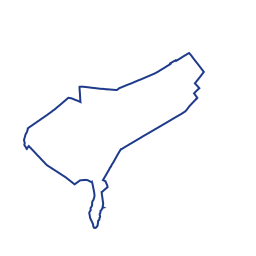 outline of Moldoveni, Neamt, Romania, rotated 324°
{"feature_id": "2599482B40239135876534", "entity_name": "Moldoveni", "entity_type": "district", "adm_level": 2, "iso_a3": "ROU", "parent_name": "Romania", "parent_adm1": "Neamt", "projection": "albers", "projection_center": [26.778, 46.815], "detail": "fine", "context": "isolated", "style": "outline", "palette": "blue", "viewbox_px": 256, "rotation_deg": 324, "n_neighbors": 0, "source": "geoboundaries", "source_scale": "gbopen_adm2", "svg_char_len": 5245}
<svg xmlns="http://www.w3.org/2000/svg" viewBox="0 0 256 256"><g transform="rotate(324 128 128)"><path d="M180.6,148.0L181.7,148.1L183.8,148.2L184.7,148.1L185.7,147.9L186.9,147.6L189.6,146.7L190.8,146.4L198.1,145.0L199.9,144.8L200.6,144.7L200.6,144.4L201.8,144.3L201.8,138.8L205.9,138.1L209.1,137.7L208.8,134.6L208.5,132.4L208.4,131.2L213.8,129.7L216.3,129.0L218.4,128.4L222.3,127.2L222.1,118.3L221.8,110.6L221.8,106.7L221.7,105.2L221.5,103.3L220.2,103.1L217.0,102.8L213.7,102.5L212.5,102.5L208.6,102.2L208.4,102.1L207.7,102.1L206.7,102.0L206.7,101.7L206.1,101.6L206.2,101.2L205.0,101.0L202.2,100.7L200.5,100.5L200.1,100.5L200.1,101.1L199.7,101.2L197.3,101.0L195.7,100.8L194.5,100.8L193.4,100.7L190.6,100.5L188.8,100.3L187.4,100.2L186.5,100.2L184.0,99.9L182.4,99.7L181.3,99.5L180.0,99.2L177.7,98.7L175.9,98.3L175.6,98.3L174.7,98.0L166.7,96.2L165.9,96.0L165.5,95.9L165.1,95.7L161.9,95.0L161.1,94.7L160.7,94.7L158.9,94.3L158.6,94.2L157.0,93.9L156.1,93.6L155.7,93.5L155.3,93.4L154.2,93.1L153.5,92.9L153.0,92.8L152.3,92.6L152.0,92.5L151.3,92.4L150.4,92.1L150.2,92.1L149.3,91.9L148.3,91.6L146.3,91.2L145.8,91.0L144.9,90.8L144.1,90.6L142.3,90.8L141.2,90.6L140.4,90.0L139.0,88.8L136.8,86.9L134.7,85.1L134.3,84.8L134.2,84.8L134.0,84.7L133.9,84.3L133.8,84.2L133.2,83.9L132.7,83.5L132.0,82.8L130.4,81.3L130.1,81.1L129.9,81.0L129.0,80.3L124.3,75.9L122.7,74.5L120.6,72.5L117.7,69.8L115.4,67.8L114.9,67.4L114.0,66.8L113.0,66.2L112.6,66.7L112.3,67.1L111.8,67.9L111.4,68.5L110.7,69.7L110.3,70.2L110.1,70.7L106.8,75.8L105.6,77.7L105.4,78.0L105.1,78.4L104.8,79.0L103.5,76.7L101.5,73.7L101.4,73.5L100.0,71.2L99.7,70.7L99.2,70.3L97.5,68.5L87.4,69.3L85.1,69.5L83.6,69.5L82.8,69.6L80.6,69.8L78.9,69.9L78.0,69.8L77.5,69.8L76.9,69.8L76.2,69.9L74.9,69.9L72.5,69.9L71.8,69.9L71.2,69.9L70.5,69.9L66.1,69.8L65.8,69.8L63.6,69.7L60.2,69.7L58.8,69.6L55.2,69.6L54.7,69.5L54.0,69.5L53.2,69.5L52.6,69.5L51.8,69.5L50.1,69.4L46.9,69.4L46.9,69.5L46.7,69.6L46.4,69.8L46.0,70.2L45.7,70.4L45.4,70.7L45.2,70.9L43.7,71.9L42.9,72.3L42.5,72.5L42.1,72.6L41.0,73.2L40.6,73.6L40.2,73.9L39.8,74.3L39.5,74.5L39.1,74.8L38.5,75.2L37.8,75.8L37.4,76.1L37.1,76.4L36.9,76.5L36.7,76.7L36.3,77.7L36.1,78.2L35.9,78.9L35.8,79.1L35.6,79.4L35.4,79.6L35.0,80.0L34.5,80.4L34.3,80.6L34.2,80.8L34.2,81.1L34.1,81.5L34.0,81.8L34.0,82.0L34.1,83.1L34.0,83.7L33.9,84.3L33.9,84.5L33.7,84.9L33.7,85.0L33.8,85.5L34.1,85.4L34.4,85.2L34.5,85.1L37.1,84.3L37.2,85.3L37.4,86.5L37.5,87.0L37.6,87.8L37.7,89.0L37.9,89.9L37.9,90.2L38.2,92.2L38.3,93.0L38.3,93.5L38.4,94.1L38.6,95.3L38.6,96.2L38.7,96.9L39.1,99.2L39.6,103.5L40.0,106.2L40.2,107.8L40.3,108.8L40.6,110.5L48.6,131.3L51.7,142.2L53.4,142.2L54.9,142.2L58.0,142.2L58.4,142.2L58.6,142.3L61.9,144.2L62.2,144.6L62.5,144.7L63.4,145.2L63.7,145.4L63.9,145.7L64.3,146.1L64.5,146.4L64.9,146.9L65.2,147.6L65.6,148.2L66.1,149.4L66.3,149.8L66.5,150.0L66.8,150.3L67.1,150.3L66.9,150.7L66.9,151.1L66.4,152.4L66.2,152.8L64.0,157.6L62.7,160.4L62.1,161.4L61.8,162.0L61.2,162.9L61.1,163.1L60.6,163.7L60.1,164.1L59.0,164.9L58.6,165.2L58.2,165.6L57.9,165.8L57.7,165.9L57.3,166.0L56.6,166.2L56.2,166.4L55.9,166.6L54.5,168.0L54.4,168.2L54.2,168.5L53.9,169.0L53.5,169.4L53.2,169.7L52.8,169.9L52.6,170.0L51.9,170.3L51.1,170.6L50.7,170.8L50.5,171.0L50.1,171.5L49.8,172.1L49.7,172.3L49.5,172.6L49.4,172.6L49.0,172.7L48.8,172.8L47.4,173.4L47.2,173.5L46.9,173.8L46.6,174.1L46.4,174.5L46.3,174.8L45.7,176.1L45.2,177.1L45.0,177.5L44.7,178.0L44.5,178.4L44.4,178.8L44.3,179.6L44.2,179.9L44.2,180.3L44.1,180.5L43.9,181.3L43.9,181.5L43.9,182.0L43.8,182.3L43.7,182.9L43.5,183.4L43.4,184.5L43.3,184.9L43.2,185.1L42.4,186.7L42.2,187.1L42.1,187.5L41.9,188.2L41.9,188.5L41.9,188.9L42.1,189.0L42.4,189.1L42.8,189.4L43.0,189.7L43.3,189.7L43.5,189.8L43.9,189.7L44.2,189.6L44.4,189.5L44.6,189.5L45.0,189.4L45.2,189.5L45.3,189.5L45.5,189.4L46.0,189.0L46.7,188.5L46.9,188.1L47.0,188.0L47.3,187.8L47.7,187.3L48.0,187.1L48.7,186.3L48.8,186.0L49.1,185.7L49.5,185.5L50.0,185.4L50.7,185.4L51.0,185.3L51.4,184.8L51.9,184.2L52.1,184.0L52.2,183.9L52.4,183.9L52.5,183.8L52.8,183.7L53.1,183.5L53.4,183.2L53.6,182.9L53.7,182.7L53.9,182.1L54.2,181.4L54.5,181.1L54.7,180.8L55.0,180.7L55.3,180.6L55.6,180.5L55.7,180.3L56.1,180.0L56.6,179.5L56.8,179.3L56.9,179.0L57.0,178.9L58.0,178.8L58.3,178.7L58.7,178.5L59.3,178.2L59.5,178.1L60.4,177.9L60.6,177.8L60.7,177.7L60.8,177.7L61.2,177.7L61.4,177.8L61.2,177.4L60.9,177.1L62.2,175.9L63.5,174.6L64.1,173.4L67.0,168.0L67.6,166.8L67.9,166.3L69.0,164.3L69.6,164.4L71.1,164.3L72.7,164.1L76.6,163.9L76.7,163.6L76.9,163.2L77.1,163.1L77.2,162.9L77.3,162.7L77.6,161.8L77.6,161.6L77.6,161.3L77.7,161.1L77.9,160.4L78.0,159.5L78.2,159.0L78.2,158.7L78.3,158.4L78.4,158.2L78.5,158.1L78.5,157.9L77.1,155.4L79.7,154.3L82.7,153.0L83.8,152.5L88.3,150.5L89.5,149.9L90.2,149.5L90.6,149.5L91.1,149.2L91.6,149.2L92.2,148.8L92.2,148.7L93.5,148.1L95.3,147.4L96.1,147.1L97.1,146.7L97.3,146.5L97.5,146.4L98.3,146.1L99.2,145.6L102.2,144.3L102.6,144.0L104.7,143.1L109.2,141.2L109.4,141.1L109.5,141.2L109.8,141.0L110.2,141.1L110.7,141.3L111.0,141.4L113.2,141.5L113.6,141.5L115.2,141.7L116.0,141.7L118.1,142.0L119.1,142.0L121.8,142.3L123.8,142.5L133.5,143.4L135.1,143.5L142.6,144.3L163.5,146.4L173.5,147.3L176.9,147.7L178.7,147.9L179.8,148.0L180.6,148.0Z" fill="none" stroke="#1e3a8a" stroke-width="2"/></g></svg>